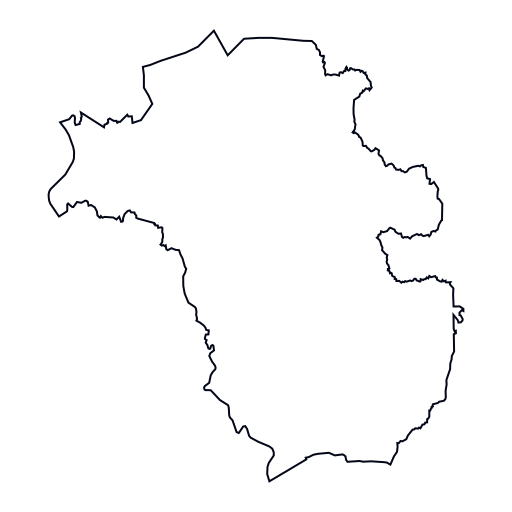 the district of Long Thanh, Đồng Nai, Vietnam
{"feature_id": "81297802B3720110239063", "entity_name": "Long Thanh", "entity_type": "district", "adm_level": 2, "iso_a3": "VNM", "parent_name": "Vietnam", "parent_adm1": "Đồng Nai", "projection": "equal_earth", "projection_center": [107.054, 10.757], "detail": "fine", "context": "isolated", "style": "outline", "palette": "ink", "viewbox_px": 512, "rotation_deg": 0, "n_neighbors": 0, "source": "geoboundaries", "source_scale": "gbopen_adm2", "svg_char_len": 6004}
<svg xmlns="http://www.w3.org/2000/svg" viewBox="0 0 512 512"><path d="M60.1,122.3L65.6,129.5L68.9,135.1L73.2,147.0L74.1,151.7L73.9,158.7L72.7,162.1L65.3,174.6L50.8,188.9L49.3,191.4L48.6,194.4L48.8,198.1L49.2,200.8L50.3,203.7L59.0,216.5L66.9,211.4L67.3,209.9L67.2,204.4L68.1,203.5L72.0,206.9L73.3,207.1L77.0,202.0L81.3,202.8L85.1,200.8L86.2,200.7L87.7,201.7L88.6,205.7L91.1,205.0L94.8,207.4L96.8,211.2L97.5,215.5L99.7,217.7L100.1,217.7L100.9,216.1L102.4,217.7L104.6,216.9L113.3,217.5L116.5,219.5L119.2,216.7L121.1,221.8L122.4,221.6L122.9,221.0L123.2,217.8L124.6,214.1L127.7,211.0L129.8,210.4L131.0,212.3L134.5,212.5L134.8,213.9L136.3,215.5L136.2,217.7L137.5,218.5L154.2,223.0L154.3,224.1L155.1,224.1L155.3,225.4L157.8,225.5L158.1,227.8L161.6,227.3L162.4,228.0L162.2,232.1L162.9,234.0L163.0,237.4L162.4,238.9L162.2,242.2L160.5,244.6L161.8,245.6L163.3,245.0L164.6,246.1L165.7,245.4L166.3,249.2L167.7,250.2L171.5,248.2L175.8,249.9L179.0,250.1L180.5,254.5L182.5,258.3L184.9,266.8L186.2,268.7L185.2,272.4L183.2,276.4L183.3,286.0L184.7,293.6L188.4,302.6L194.9,307.0L195.9,308.3L196.5,312.3L196.1,314.5L197.1,318.9L196.4,320.7L199.9,322.5L203.9,325.6L205.5,327.8L206.2,329.9L208.8,330.4L208.4,334.4L205.8,334.6L204.8,338.4L205.0,339.1L206.6,340.1L205.7,342.6L207.4,345.1L208.3,348.3L209.3,348.9L210.2,348.7L211.1,345.9L212.5,345.0L213.4,345.7L214.0,350.4L210.3,353.2L209.3,356.0L212.0,361.5L215.1,365.8L215.6,367.8L215.3,369.2L212.6,372.1L210.7,375.4L209.2,382.8L204.8,386.1L204.1,387.4L204.4,389.4L205.4,390.1L210.7,390.2L220.0,400.1L228.1,405.2L228.8,407.9L229.2,415.2L229.8,417.3L232.6,420.5L236.6,432.1L238.8,433.0L243.2,426.5L245.2,426.1L247.1,429.0L249.1,435.8L250.6,437.6L258.3,441.8L269.3,446.4L272.3,448.7L273.7,452.1L273.8,455.4L268.8,462.9L267.5,466.9L267.2,474.1L269.4,481.3L306.3,459.4L305.7,457.7L308.7,457.1L313.5,454.7L318.1,453.8L328.8,452.8L334.9,455.4L342.4,454.4L344.2,455.2L345.5,456.5L346.1,459.9L347.5,461.8L359.5,461.0L363.2,461.7L371.1,461.3L383.2,462.1L386.7,462.5L390.4,464.6L393.9,456.5L397.0,451.8L397.6,446.8L397.3,443.0L398.7,443.2L400.6,441.0L402.5,441.3L406.3,439.2L407.9,435.5L412.6,429.6L414.3,429.4L415.2,428.3L418.1,428.6L419.0,427.6L420.4,428.3L422.5,424.6L424.4,424.3L425.2,422.6L427.1,422.4L427.2,419.1L428.1,418.7L429.3,416.8L429.3,410.5L430.2,410.6L431.2,408.1L431.8,407.8L431.7,406.8L432.9,406.4L432.6,405.3L432.9,404.3L437.8,403.0L439.2,401.7L443.8,400.8L445.3,399.2L445.8,397.3L445.6,391.0L446.6,384.4L446.4,380.0L450.1,369.2L450.3,363.4L451.6,359.4L451.8,356.1L454.1,351.5L453.8,334.2L455.9,333.3L455.8,330.9L454.7,331.5L453.7,328.8L453.5,314.9L457.8,320.2L458.5,322.6L460.8,322.3L462.5,320.5L462.7,319.1L460.6,315.3L459.5,315.1L459.5,312.6L461.8,310.2L463.4,311.0L463.4,308.9L459.7,306.4L453.6,306.5L453.1,294.9L453.4,288.3L450.2,284.8L449.8,283.3L450.5,282.2L446.1,282.4L445.7,282.1L445.6,280.7L443.9,281.3L442.5,279.9L441.6,281.7L440.2,281.4L437.0,279.6L436.9,277.6L435.9,277.5L435.2,276.1L431.1,277.2L429.3,276.0L428.3,278.4L426.7,277.4L425.7,279.1L424.2,279.1L423.3,280.0L420.7,279.2L420.6,281.1L419.9,281.6L416.7,280.4L415.6,278.7L414.2,278.9L413.1,280.5L411.5,281.1L410.1,280.5L406.5,281.7L405.1,281.1L404.1,282.2L402.5,281.7L401.4,282.7L399.2,280.9L396.4,281.0L396.2,279.1L394.7,279.0L394.8,277.1L392.3,276.0L391.6,273.1L390.8,272.7L390.0,273.2L389.3,270.9L387.8,270.4L387.9,269.0L389.0,269.0L389.4,268.5L388.4,265.1L387.0,263.5L386.6,261.5L387.2,259.6L386.7,257.6L387.4,255.1L385.2,253.7L382.1,250.2L382.4,247.5L381.2,245.0L380.5,242.1L379.6,240.1L376.9,237.7L378.3,236.6L378.5,234.8L380.4,234.3L381.1,231.3L383.3,232.2L387.1,231.1L389.4,228.2L390.3,227.7L394.6,229.7L395.3,231.6L398.4,233.8L401.0,233.5L402.0,237.0L403.2,237.8L404.6,237.0L406.3,237.4L407.6,236.9L410.1,238.6L412.1,236.3L417.0,234.0L419.0,235.2L421.1,234.2L422.4,235.6L423.8,236.1L428.0,234.8L429.2,236.3L430.6,234.6L431.4,231.9L433.5,231.0L435.4,231.5L435.7,230.7L437.7,229.5L438.9,224.7L441.3,220.5L442.0,220.2L442.3,203.7L439.0,199.0L437.7,198.7L437.4,196.2L437.7,191.7L438.3,189.5L438.1,188.5L433.9,182.0L431.2,184.1L429.5,183.8L430.0,179.0L427.2,178.4L426.5,175.9L425.9,167.9L423.3,167.0L422.9,165.0L421.2,165.3L419.9,166.4L418.4,165.8L412.9,166.9L409.0,168.7L406.9,171.6L405.0,172.4L402.9,171.1L401.5,171.1L400.4,169.3L398.5,169.9L396.0,169.5L395.4,168.0L394.4,167.6L393.7,165.6L391.6,163.6L388.5,164.4L387.1,165.8L385.9,166.2L384.7,164.5L384.5,162.6L382.9,160.2L382.6,158.3L380.5,155.8L379.4,155.5L378.5,153.9L379.0,150.4L375.5,148.2L374.3,149.9L371.6,151.4L370.8,151.2L368.4,148.5L367.3,148.0L365.9,145.8L363.9,146.1L362.8,145.6L362.5,141.7L360.6,137.6L359.1,136.9L358.6,135.3L357.3,134.0L354.8,132.4L353.8,133.2L352.6,132.4L354.7,129.5L355.5,124.3L354.3,121.6L354.6,119.8L353.6,114.1L353.5,108.3L354.1,99.9L359.3,96.6L360.2,93.7L362.0,92.8L362.8,90.7L363.6,91.3L365.9,88.4L367.5,88.9L368.9,88.3L369.5,90.2L371.7,87.6L370.9,85.6L370.6,82.1L367.2,78.1L366.8,75.5L365.3,74.4L365.5,72.6L363.6,72.9L362.7,71.3L361.8,70.8L360.5,71.8L359.6,70.0L356.1,69.9L355.1,70.5L354.4,69.5L352.8,69.4L350.9,68.1L350.1,68.3L349.7,69.8L348.7,70.6L347.1,69.5L347.0,67.6L346.4,66.9L345.4,68.9L345.3,71.0L344.1,71.0L342.7,73.1L341.0,72.2L339.6,72.6L339.0,75.6L335.4,74.5L333.0,74.5L331.2,75.3L327.5,74.2L325.6,75.3L325.1,74.1L325.2,70.4L323.5,66.8L324.9,63.0L324.4,62.0L323.1,62.4L322.7,61.7L324.0,56.1L323.4,55.7L321.7,56.1L320.0,55.0L320.0,52.3L318.9,50.0L316.7,48.8L315.9,44.9L311.8,41.0L303.3,40.8L272.4,37.9L258.1,37.9L244.8,38.7L243.9,38.9L227.7,55.3L213.9,30.7L198.0,46.7L185.6,52.7L161.0,60.7L150.1,65.0L142.9,66.9L143.9,75.5L143.9,87.7L148.6,95.6L152.3,103.9L141.0,120.1L132.5,123.0L131.8,116.3L128.3,116.5L127.3,114.7L120.1,121.9L118.7,121.7L117.4,122.8L117.0,122.7L116.5,120.9L113.7,120.9L109.7,118.5L108.0,119.6L108.2,122.6L107.3,122.8L107.3,123.6L104.5,124.7L104.0,127.3L80.9,112.5L81.8,116.7L80.9,117.9L81.2,119.2L80.8,120.8L79.7,122.3L79.7,124.0L75.6,125.0L74.7,122.6L75.0,117.9L74.5,116.1L73.1,115.3L72.1,115.6L69.2,119.2L60.1,122.3Z" fill="none" stroke="#020617" stroke-width="2"/></svg>